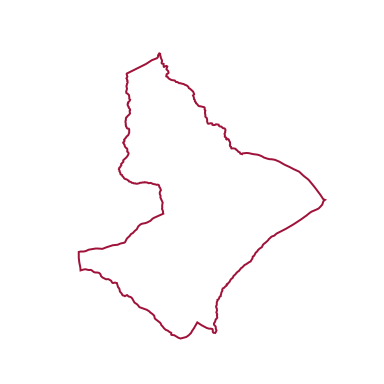 Lagdera, North-Eastern, Kenya, rotated 76°
{"feature_id": "3690345B54288416110697", "entity_name": "Lagdera", "entity_type": "district", "adm_level": 2, "iso_a3": "KEN", "parent_name": "Kenya", "parent_adm1": "North-Eastern", "projection": "robinson", "projection_center": [39.22, 0.501], "detail": "fine", "context": "isolated", "style": "outline", "palette": "rose", "viewbox_px": 384, "rotation_deg": 76, "n_neighbors": 0, "source": "geoboundaries", "source_scale": "gbopen_adm2", "svg_char_len": 6059}
<svg xmlns="http://www.w3.org/2000/svg" viewBox="0 0 384 384"><g transform="rotate(76 192 192)"><path d="M241.1,319.1L241.0,316.5L241.1,314.5L241.3,313.8L242.6,311.4L243.1,309.1L243.5,308.5L245.8,306.7L246.5,305.8L247.3,303.2L247.7,302.3L248.2,301.6L249.5,300.8L251.8,300.5L253.3,299.5L255.9,296.5L256.2,294.7L256.4,294.1L257.0,293.5L258.6,291.9L260.4,291.5L260.9,291.1L261.2,290.7L261.3,288.6L262.2,286.9L265.9,286.8L266.9,286.6L267.8,286.0L268.3,285.9L271.2,286.0L273.3,284.9L275.3,284.4L275.7,284.0L275.9,283.3L276.8,282.4L276.3,280.0L278.1,278.7L279.0,277.0L280.0,276.2L281.1,275.7L285.3,274.6L287.6,272.5L289.2,271.6L290.6,271.1L291.2,270.6L295.4,264.3L297.4,262.4L298.8,261.6L300.7,260.0L302.5,258.8L303.1,258.6L305.3,258.7L306.2,258.4L311.2,254.5L312.4,254.1L313.6,254.0L315.4,253.0L317.5,252.1L319.4,250.8L320.6,249.1L322.6,247.5L323.3,246.5L323.8,246.2L325.1,246.6L325.7,246.5L326.7,243.8L330.1,240.5L331.4,238.5L331.3,232.6L330.2,229.8L328.5,227.0L326.9,225.6L324.8,223.2L319.8,218.4L323.5,215.0L327.4,210.7L328.6,208.8L329.3,206.5L329.9,205.4L330.8,205.2L332.2,205.6L333.3,205.5L333.8,205.2L334.1,204.1L334.4,203.6L334.0,203.1L332.2,201.7L330.2,202.0L328.7,201.6L328.0,201.7L326.2,202.7L325.5,202.7L324.7,202.4L323.5,201.0L321.3,199.8L321.0,199.0L320.2,198.0L319.6,197.8L317.7,197.7L316.8,197.1L314.7,197.5L313.2,196.5L311.0,196.1L310.1,196.4L308.7,196.3L307.6,195.3L304.9,194.6L303.6,193.5L302.8,193.4L302.7,192.7L301.9,191.5L301.2,191.2L300.3,190.5L299.9,189.2L298.8,189.0L298.2,188.5L296.5,187.7L295.0,186.3L294.0,186.3L293.0,185.4L292.8,184.2L292.0,183.0L291.2,181.2L290.4,180.3L290.0,180.6L289.6,180.0L289.5,179.3L288.3,177.4L286.3,175.6L285.7,174.7L285.4,173.6L284.1,172.4L283.5,172.0L282.4,169.8L281.4,168.7L281.2,168.1L280.4,167.1L280.1,165.8L279.7,165.3L277.7,162.7L277.3,161.4L275.5,158.6L275.2,157.0L273.8,153.2L273.6,152.0L271.8,150.2L271.1,149.4L269.4,148.7L269.1,147.6L268.5,146.8L266.3,144.9L265.4,143.0L264.6,142.4L263.3,140.2L262.5,137.8L262.2,137.4L260.3,135.8L259.5,134.4L259.1,133.3L257.6,130.4L256.1,128.5L255.5,127.2L255.0,126.6L254.4,124.9L254.3,122.9L252.8,120.0L250.4,109.7L248.0,101.5L245.0,92.9L242.5,86.6L240.5,82.3L240.0,80.8L238.9,74.1L238.3,72.5L235.8,68.7L232.7,66.7L232.0,65.5L231.8,64.9L230.8,66.2L230.2,66.6L226.3,67.9L216.8,71.9L209.0,75.6L207.7,76.4L203.2,79.9L198.2,83.1L194.2,88.1L191.4,91.2L187.8,95.7L183.7,99.9L180.8,103.8L179.5,106.8L179.0,108.6L178.0,110.6L176.0,113.8L174.2,115.6L172.5,117.9L171.6,119.5L170.0,123.6L168.0,127.6L167.3,129.7L166.8,133.8L167.4,134.3L166.5,135.8L165.0,136.1L164.2,137.3L162.5,138.1L161.6,139.0L160.6,139.3L159.6,141.4L159.3,143.2L158.7,143.3L157.6,143.2L157.0,143.9L155.5,143.9L154.9,143.4L152.9,143.1L151.1,143.6L150.3,143.6L149.6,143.9L149.3,144.4L149.5,145.6L149.1,146.0L147.6,145.6L146.7,146.6L146.1,146.8L144.8,146.3L143.4,146.4L142.0,145.2L141.2,145.2L140.2,144.6L139.2,144.5L138.2,145.0L137.5,146.6L136.1,147.4L135.6,147.8L135.0,149.3L134.2,149.8L133.1,149.9L132.1,152.4L132.5,153.6L132.3,154.9L131.8,155.9L130.4,155.9L130.2,156.1L129.8,157.4L129.8,159.3L129.3,160.1L127.5,160.3L125.4,159.8L123.8,159.8L122.5,160.7L121.7,160.8L120.7,160.4L118.3,160.3L117.3,159.8L116.7,159.8L116.0,159.3L115.4,159.7L114.9,159.8L113.6,159.3L112.9,159.5L112.4,160.1L110.7,163.5L110.5,164.3L110.1,164.8L107.9,165.8L106.9,166.6L106.0,166.5L104.8,167.3L103.5,167.0L103.0,167.1L102.4,167.6L100.5,167.3L98.6,167.7L97.8,166.3L95.4,166.5L94.7,166.7L91.4,168.9L90.5,169.9L88.9,170.2L87.3,171.4L86.4,172.8L85.2,174.0L84.6,175.3L83.6,177.0L83.3,178.2L81.8,179.5L81.4,180.9L79.7,181.7L78.5,184.5L78.0,185.3L76.1,187.2L74.2,187.9L73.9,188.8L73.5,189.0L71.6,188.1L71.0,186.2L70.2,185.8L68.8,185.9L66.9,187.1L66.3,186.9L64.2,185.6L63.5,186.3L63.5,187.9L63.9,188.8L63.7,189.1L62.7,189.0L60.8,188.6L60.3,189.9L59.5,190.3L58.8,190.1L58.1,189.5L57.0,189.3L54.0,189.8L52.7,189.6L51.8,189.8L50.2,189.5L49.6,190.2L51.2,191.9L52.1,191.9L52.7,192.3L53.7,193.6L54.4,199.1L56.7,205.8L61.3,226.6L61.8,226.9L64.5,226.8L65.8,228.1L66.5,227.8L67.2,227.9L68.1,227.6L68.8,228.1L69.7,227.8L70.6,228.2L71.4,229.0L72.4,229.3L73.3,230.0L76.1,230.1L78.9,231.7L80.2,231.7L80.9,230.8L82.8,229.7L85.3,230.0L86.2,230.3L87.0,230.1L87.5,229.7L88.8,230.8L89.6,232.4L90.3,232.8L90.7,232.6L91.4,233.3L92.6,233.4L94.1,232.8L94.8,233.0L96.6,232.2L97.5,232.2L98.2,232.9L100.9,233.2L102.2,235.0L102.7,236.2L103.3,236.7L103.8,237.9L104.8,238.3L105.2,238.6L106.2,238.7L106.9,239.3L108.3,239.7L108.8,239.6L110.3,239.8L110.7,240.1L112.0,240.0L112.4,240.2L113.1,239.8L114.2,239.7L114.8,239.3L115.3,238.0L116.1,237.8L119.3,238.6L121.5,240.2L122.4,242.2L123.0,242.6L124.8,245.2L125.0,245.3L125.4,245.0L125.9,245.1L126.7,245.5L127.2,246.7L127.7,246.9L128.3,246.5L129.4,246.3L129.9,246.0L130.9,246.2L131.8,246.0L133.2,245.4L133.8,244.7L134.4,244.5L135.4,244.5L137.1,245.1L138.3,244.2L139.5,244.3L141.1,245.5L142.5,247.2L144.5,250.9L145.0,251.2L146.1,251.3L147.7,254.0L149.0,254.1L149.9,255.3L150.6,255.9L150.8,256.6L151.6,256.9L152.1,257.5L153.8,257.1L154.5,257.4L155.6,257.0L157.6,257.0L158.6,255.8L159.8,255.7L160.8,255.0L162.4,254.5L163.3,253.6L163.8,252.6L164.7,251.6L165.2,251.3L165.7,250.7L166.4,250.7L167.6,248.8L168.5,248.2L168.9,247.0L169.6,246.3L169.9,244.9L170.5,244.2L170.8,241.8L170.5,240.2L170.8,238.7L170.8,237.3L171.2,236.2L171.0,235.4L171.6,234.5L171.8,233.5L173.0,231.8L173.2,229.8L174.9,227.7L175.7,225.8L176.5,224.5L176.6,223.3L177.2,222.6L177.8,222.4L179.1,222.5L180.3,222.0L182.7,221.7L184.0,223.0L185.2,223.6L186.6,223.7L188.1,223.4L189.7,224.0L195.2,223.0L196.6,223.7L198.5,224.4L199.9,224.6L201.2,225.2L202.5,224.9L204.3,224.9L205.5,225.2L206.1,225.1L207.9,235.3L208.4,236.8L209.9,239.3L210.7,242.8L210.9,244.6L210.7,248.5L211.0,249.8L212.3,252.4L214.8,254.6L216.0,257.1L217.4,259.1L218.2,261.6L219.5,263.0L221.1,265.9L221.8,266.8L224.5,269.1L224.8,269.9L224.7,274.0L225.2,276.8L224.5,281.8L225.0,289.0L225.5,292.6L223.9,297.6L223.5,299.5L223.0,306.2L223.6,309.3L223.6,310.7L223.4,312.3L222.8,314.5L222.8,316.4L228.5,317.8L233.2,318.4L238.0,318.6L241.1,319.1Z" fill="none" stroke="#9f1239" stroke-width="2"/></g></svg>